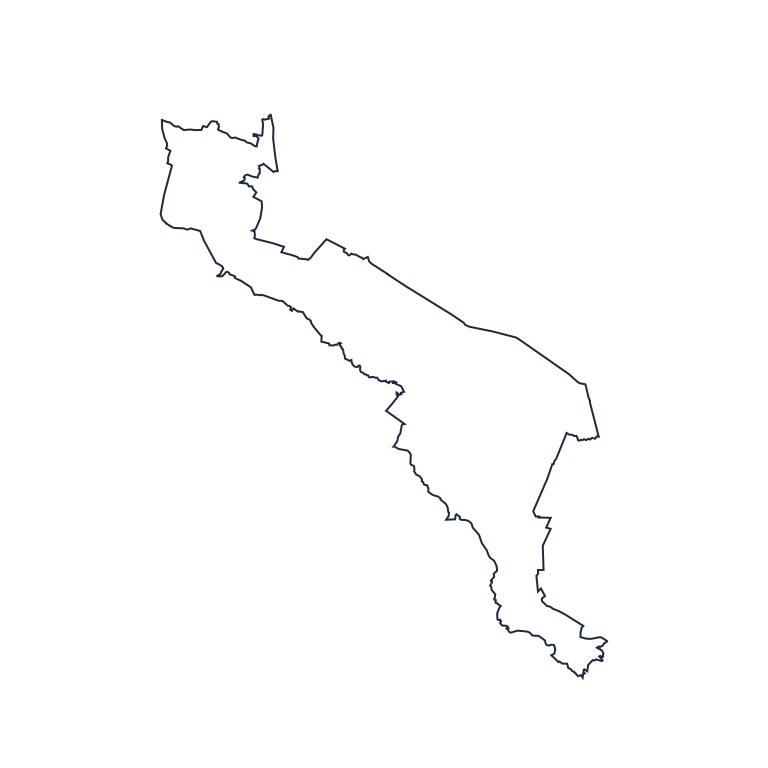 Purísima del Rincón, Guanajuato, Mexico, rotated 286°
{"feature_id": "50627088B64062535861802", "entity_name": "Purísima del Rincón", "entity_type": "district", "adm_level": 2, "iso_a3": "MEX", "parent_name": "Mexico", "parent_adm1": "Guanajuato", "projection": "robinson", "projection_center": [-101.94, 20.941], "detail": "fine", "context": "isolated", "style": "outline", "palette": "slate", "viewbox_px": 768, "rotation_deg": 286, "n_neighbors": 0, "source": "geoboundaries", "source_scale": "gbopen_adm2", "svg_char_len": 6165}
<svg xmlns="http://www.w3.org/2000/svg" viewBox="0 0 768 768"><g transform="rotate(286 384 384)"><path d="M611.5,200.9L610.8,200.0L609.3,199.3L607.4,200.3L605.1,196.1L605.4,195.1L604.6,194.1L599.8,196.3L589.7,198.4L589.0,198.1L588.2,192.9L588.8,192.4L588.2,189.7L586.3,190.4L587.2,192.9L585.5,195.7L578.8,195.8L577.4,196.3L577.1,195.8L577.1,194.0L578.6,189.5L578.4,185.5L579.7,182.7L579.3,180.2L579.9,173.0L578.5,170.0L578.8,168.2L581.6,163.8L581.9,159.2L582.6,155.1L582.9,154.3L586.0,154.4L588.3,153.2L588.2,152.1L590.0,151.1L589.4,146.9L588.5,145.3L582.1,143.0L582.1,139.0L577.9,138.4L576.0,132.5L575.3,127.9L572.9,121.5L575.0,114.9L574.1,113.6L574.3,110.6L576.4,106.4L576.1,103.3L576.6,97.7L567.9,100.5L560.0,105.3L555.3,109.2L552.7,109.8L550.5,109.5L549.2,114.4L542.6,114.0L538.8,115.1L536.4,114.9L536.0,119.3L535.2,120.0L504.9,120.5L495.1,121.5L485.8,122.4L481.4,125.4L480.3,126.5L478.7,130.2L478.3,130.2L476.4,136.9L476.2,139.2L478.4,148.6L478.1,152.4L480.3,155.3L480.4,165.1L471.7,171.9L454.0,189.3L453.5,192.7L452.6,195.6L451.6,197.0L450.6,197.7L446.5,196.5L444.6,196.5L442.1,193.9L441.7,194.1L442.0,196.3L443.1,198.9L448.4,201.6L448.6,202.9L448.2,204.4L446.9,205.4L446.5,210.8L446.2,211.2L445.1,211.1L444.7,212.0L443.7,218.5L440.2,229.4L433.9,235.0L434.8,236.7L435.1,240.3L435.7,240.9L436.1,244.1L435.0,259.5L435.8,263.7L432.8,269.6L432.9,271.6L432.3,273.4L430.9,273.6L429.6,273.2L428.9,275.3L431.7,276.1L430.0,280.7L430.3,280.7L430.2,282.2L430.8,286.1L425.9,291.5L425.1,295.1L424.2,296.5L422.9,296.9L419.3,301.0L413.3,309.9L413.2,310.8L407.5,312.1L407.8,320.0L406.0,321.0L406.7,322.7L406.9,324.5L408.3,326.3L408.8,328.2L410.6,328.8L411.4,330.2L411.1,331.2L410.6,330.7L408.9,330.9L408.1,332.7L406.7,333.2L406.5,334.5L405.4,334.8L404.9,335.6L402.1,336.8L400.4,338.5L397.7,339.4L396.8,344.6L398.1,346.0L396.3,346.7L394.4,348.1L392.7,350.6L392.8,353.3L393.8,354.5L394.7,354.5L395.0,355.6L394.2,356.5L391.0,357.0L389.2,358.5L389.0,360.9L388.0,362.5L388.3,364.0L387.6,365.3L387.8,366.6L386.3,367.9L386.4,368.9L387.5,370.3L387.8,372.4L387.6,373.9L388.2,375.7L386.2,378.0L385.8,381.0L387.7,384.7L386.9,384.8L386.3,388.5L387.6,388.4L389.1,392.0L389.2,392.5L387.4,392.4L387.8,393.9L389.7,394.0L389.2,394.0L389.0,395.4L387.4,395.2L386.6,401.1L382.0,405.4L380.2,402.7L379.0,403.5L377.9,401.6L379.3,398.5L377.5,398.9L376.0,400.9L367.2,397.3L358.8,393.4L351.2,414.8L350.1,412.8L348.9,412.5L341.0,413.3L337.3,412.1L333.5,412.5L331.5,412.2L326.6,410.5L326.8,410.9L325.6,416.2L326.5,425.1L324.8,427.9L323.4,429.3L314.7,431.3L313.7,432.8L313.6,434.8L313.0,435.7L309.6,437.0L308.4,437.0L305.9,439.8L305.1,443.8L302.8,446.8L300.8,447.2L300.6,448.7L298.6,449.9L298.2,451.4L298.6,453.3L295.2,455.8L293.1,456.0L292.3,456.8L291.0,460.7L290.6,464.0L290.8,466.4L289.7,469.9L288.6,470.1L285.8,476.3L284.7,477.6L283.0,479.1L278.6,481.1L278.3,481.9L277.6,482.1L274.9,482.5L270.7,481.2L273.5,489.7L277.2,489.0L278.7,489.5L277.3,493.5L275.3,493.9L274.8,495.3L274.8,496.4L275.7,499.6L275.7,502.3L275.1,504.6L273.8,506.7L270.4,508.9L265.2,516.9L258.0,521.9L252.7,528.4L247.5,532.3L245.9,534.6L244.5,538.5L240.6,542.0L237.0,543.8L235.6,544.1L231.9,541.8L229.1,543.0L224.6,541.0L224.1,541.2L224.2,542.0L223.2,542.5L219.5,541.6L218.4,543.1L215.8,544.2L212.5,548.9L208.0,549.5L207.7,549.1L207.0,549.7L207.0,551.1L204.5,551.5L204.2,552.8L204.4,553.7L203.2,555.5L202.8,557.4L199.7,556.4L194.7,556.0L189.1,557.9L188.6,558.9L189.0,560.4L189.4,560.7L188.1,562.0L186.4,561.4L184.6,563.6L184.5,564.8L185.2,567.4L185.1,569.6L183.7,570.8L182.9,569.0L182.6,569.1L182.3,570.6L180.6,572.1L179.9,573.5L180.1,574.7L183.7,580.3L185.4,589.3L185.4,591.4L185.1,592.9L183.2,595.7L183.8,599.7L184.5,601.1L184.3,602.9L181.9,609.3L178.9,611.1L177.9,612.4L178.0,614.6L179.4,616.5L179.9,619.1L179.1,620.1L176.2,621.7L172.2,622.1L171.6,622.0L169.4,619.6L164.8,628.4L165.6,629.0L164.4,632.6L165.6,637.2L161.9,639.3L161.2,642.6L160.0,643.9L159.6,646.3L159.1,646.5L159.0,647.4L156.6,651.1L158.5,653.6L156.5,655.9L161.2,655.2L160.8,656.5L161.1,656.8L162.3,655.1L164.4,654.8L164.9,655.1L163.9,658.5L170.2,657.7L176.1,660.7L176.2,662.5L177.7,663.6L177.7,669.4L178.2,670.3L178.9,670.1L181.5,666.0L182.2,666.6L181.6,668.7L182.2,669.7L183.8,669.1L185.6,669.2L188.0,666.7L188.1,665.6L189.0,664.2L188.6,663.5L189.2,661.4L191.0,662.9L190.9,664.3L193.0,666.5L195.3,667.0L197.2,668.8L198.0,669.1L198.2,670.1L200.3,662.8L200.1,661.2L195.9,652.9L194.9,647.9L194.9,642.6L200.0,641.3L201.8,641.5L203.8,641.0L206.4,642.3L212.5,621.1L213.9,614.4L214.5,608.3L215.7,605.4L215.6,601.8L218.7,595.9L220.6,595.0L221.6,595.1L224.6,597.2L230.7,591.2L227.0,589.2L241.6,583.4L244.1,584.5L247.6,583.3L249.3,588.6L272.3,581.2L290.7,584.1L290.7,579.5L301.3,581.1L298.3,569.5L299.3,569.7L298.6,566.1L302.9,562.5L337.8,567.1L353.4,567.9L353.7,569.1L357.1,569.1L359.3,570.1L387.3,573.1L386.4,576.2L387.1,578.9L386.4,581.4L387.2,583.2L385.2,585.1L383.6,585.8L383.3,587.3L384.4,588.4L384.7,590.2L386.0,591.4L385.8,593.9L387.8,595.8L387.4,597.3L389.6,598.9L389.6,601.9L390.6,602.6L392.3,602.9L392.6,604.9L421.5,587.9L424.1,586.5L424.7,586.6L427.3,584.4L439.2,577.7L438.7,572.4L439.1,570.1L444.5,558.9L464.0,502.0L465.1,498.1L464.5,474.9L462.6,450.3L463.2,446.2L463.7,445.0L464.8,444.0L469.8,428.4L483.9,378.3L490.4,357.4L490.6,357.6L496.3,338.6L497.7,336.0L501.7,333.4L498.3,329.6L499.3,328.1L499.3,326.4L500.6,321.0L500.1,319.1L500.3,316.6L498.8,315.9L498.0,315.0L497.9,314.3L499.5,312.2L499.8,309.5L500.3,308.8L502.0,308.4L503.3,309.1L507.3,288.8L491.2,281.0L484.6,278.5L482.3,276.6L482.6,275.6L481.1,267.2L482.2,265.8L482.5,260.9L482.4,249.0L488.3,250.0L488.7,237.7L488.1,221.4L488.4,219.1L490.8,219.1L495.1,217.4L495.1,215.1L497.0,217.3L498.7,218.1L509.2,219.4L520.1,218.1L525.5,216.2L525.9,215.9L527.9,206.8L532.9,208.5L535.5,204.2L537.6,202.8L536.7,199.6L538.7,197.7L538.9,196.5L537.6,189.8L537.9,189.7L541.1,193.6L543.7,193.4L544.0,192.2L546.5,193.2L547.4,194.4L547.6,195.2L547.1,201.0L547.6,205.7L548.8,205.5L551.9,206.0L552.1,206.5L556.3,205.4L556.7,204.3L559.3,204.4L559.4,204.1L561.6,207.0L562.5,207.4L557.4,219.4L558.5,220.5L559.3,223.1L571.9,217.1L589.3,209.8L599.9,207.1L611.5,200.9Z" fill="none" stroke="#1e293b" stroke-width="2"/></g></svg>